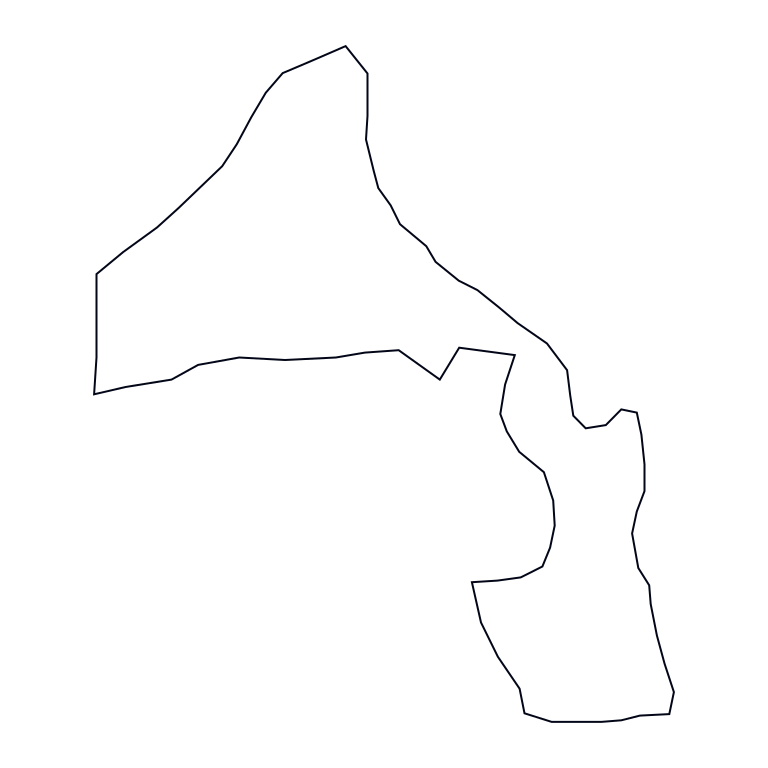 outline of Pigi, Cyprus
{"feature_id": "46923920B21676423374692", "entity_name": "Pigi", "entity_type": "district", "adm_level": 2, "iso_a3": "CYP", "parent_name": "Cyprus", "parent_adm1": "", "projection": "natural_earth1", "projection_center": [33.773, 35.218], "detail": "fine", "context": "isolated", "style": "outline", "palette": "ink", "viewbox_px": 768, "rotation_deg": 0, "n_neighbors": 0, "source": "geoboundaries", "source_scale": "gbopen_adm2", "svg_char_len": 1100}
<svg xmlns="http://www.w3.org/2000/svg" viewBox="0 0 768 768"><path d="M94.1,394.3L125.5,387.0L171.5,379.6L198.1,364.9L239.2,357.5L285.1,360.0L335.9,357.5L364.9,352.6L398.7,350.2L439.8,379.6L459.2,347.7L514.8,355.1L505.1,384.5L500.3,414.0L506.8,431.4L519.2,451.8L543.9,472.2L553.2,500.5L554.7,525.6L550.1,547.6L542.4,566.5L520.7,577.4L497.5,580.6L471.9,582.2L481.0,622.5L497.9,656.8L519.6,688.7L524.5,713.3L551.7,721.9L579.5,721.9L601.2,721.9L621.3,720.3L639.9,715.6L669.3,714.1L673.9,692.1L664.6,663.8L656.9,635.5L650.7,604.1L649.2,585.3L638.3,568.0L632.1,533.5L636.8,511.5L644.5,491.1L644.5,475.4L644.5,464.4L641.4,434.6L636.8,412.6L621.3,409.4L605.8,425.1L585.7,428.3L573.3,415.7L570.2,395.3L567.1,370.2L547.0,343.5L517.6,323.1L499.0,307.4L477.4,290.1L458.8,280.7L435.6,261.9L426.3,246.2L400.0,224.2L390.7,205.4L378.3,188.1L373.7,170.8L366.0,139.5L367.5,115.9L367.5,90.8L367.5,73.5L345.6,46.1L311.7,60.8L282.7,73.1L265.8,92.7L251.3,117.2L236.8,144.2L222.2,166.2L178.7,207.9L157.0,227.5L123.1,252.1L96.5,274.1L96.5,301.1L96.5,357.5L94.1,394.3Z" fill="none" stroke="#020617" stroke-width="2"/></svg>